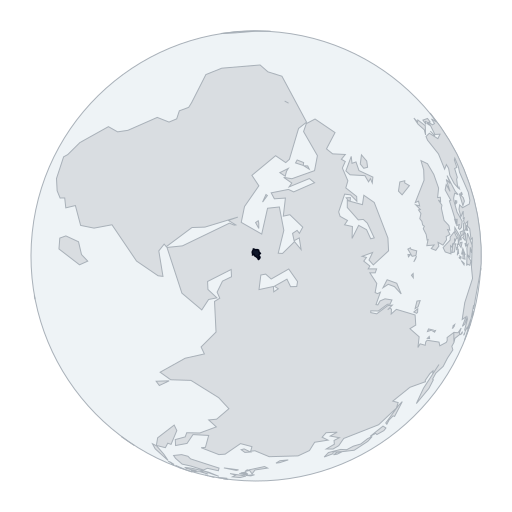 globe centered on Ninawa, rotated 96°
{"feature_id": "IRQ-3051", "entity_name": "Ninawa", "entity_type": "Province", "adm_level": 1, "iso_a3": "IRQ", "parent_name": "Iraq", "parent_adm1": "", "projection": "orthographic", "projection_center": [43.286, 36.005], "detail": "fine", "context": "on_globe", "style": "filled", "palette": "ink", "viewbox_px": 512, "rotation_deg": 96, "n_neighbors": 0, "source": "natural_earth", "source_scale": "10m", "svg_char_len": 11849}
<svg xmlns="http://www.w3.org/2000/svg" viewBox="0 0 512 512"><g transform="rotate(96 256 256)"><circle cx="256" cy="256" r="225" fill="#eef3f6" stroke="#a8b0b8"/><path d="M240.0,31.3L250.5,31.4L275.8,33.4L285.9,33.9L282.0,34.4L302.6,36.1L317.7,39.8L299.3,35.9L296.4,35.8L306.0,38.1L305.0,38.6L309.1,40.1L307.2,40.7L296.6,39.1L295.1,39.6L302.0,41.3L304.4,43.4L294.5,40.8L297.6,44.3L280.5,43.5L255.7,38.3L244.8,40.5L215.5,42.7L216.8,43.9L206.5,46.3L204.2,48.8L199.4,49.1L201.6,50.9L206.4,50.2L209.0,50.9L208.1,52.5L201.8,52.9L201.4,52.2L199.1,53.2L196.4,52.8L197.2,53.9L189.7,54.6L195.6,56.3L188.5,59.0L183.9,58.8L186.4,55.6L182.0,49.3L178.2,49.1L170.3,51.6L151.3,62.4L146.2,64.0L137.9,68.5L139.7,68.8L146.9,65.5L148.2,67.6L156.8,64.0L158.6,64.5L166.7,62.6L163.2,66.5L155.6,71.6L148.7,73.6L145.2,76.2L149.9,77.5L135.4,85.2L122.9,97.5L119.4,99.4L115.8,96.4L120.3,87.4L115.6,85.7L116.4,90.8L107.6,96.4L105.2,99.3L104.4,101.6L106.8,101.2L103.4,104.2L101.3,99.8L104.4,96.9L105.0,98.1L107.1,94.2L105.6,92.3L101.3,95.8L103.7,90.8L100.6,93.5L99.4,94.3L104.1,90.2L95.7,97.8L96.0,97.4L107.8,86.3L120.4,76.1L133.6,66.8L147.5,58.5L162.0,51.3L177.0,45.0L192.3,39.9L208.0,35.9L223.9,33.0L240.0,31.3ZM30.9,265.0L32.6,280.6L36.2,299.6L38.0,310.8L38.4,314.2L34.7,298.0L32.2,281.6L30.9,265.0ZM247.0,30.9L244.6,31.0L244.3,31.0L247.0,30.9ZM293.4,34.6L288.1,33.7L293.5,34.5L293.4,34.6ZM310.1,40.3L311.8,40.5L313.2,41.3L310.1,40.3ZM168.0,60.6L167.3,61.6L166.2,61.4L168.0,60.6ZM172.1,59.0L171.3,58.2L173.1,57.3L173.6,57.8L172.1,59.0ZM311.5,43.1L313.1,44.6L309.6,42.7L311.5,43.1ZM172.7,60.3L176.4,55.9L179.7,54.5L184.2,55.5L172.7,60.3ZM312.9,45.3L317.0,49.5L321.3,50.1L311.4,51.3L311.2,47.0L306.2,44.4L310.8,45.6L312.9,45.3ZM208.4,49.4L203.2,50.1L208.4,48.2L208.4,49.4ZM211.1,48.0L223.3,41.9L230.4,42.0L224.9,43.8L234.8,43.1L232.3,46.1L226.2,47.1L222.1,46.4L224.3,48.2L211.1,48.0ZM305.3,51.6L304.7,52.6L303.3,51.2L305.3,51.6ZM210.4,51.1L212.3,49.7L218.6,49.6L216.1,52.4L214.8,51.5L210.4,51.1ZM238.6,41.7L242.9,42.3L242.0,44.8L243.5,45.5L232.8,46.2L238.6,41.7ZM212.9,52.3L214.6,53.9L210.8,55.5L209.1,52.5L212.9,52.3ZM221.3,48.4L224.2,48.6L221.7,49.4L221.3,48.4ZM198.1,62.6L200.2,60.5L203.6,60.2L198.1,62.6ZM215.5,54.4L216.8,53.9L218.4,53.6L218.7,55.0L215.5,54.4ZM233.0,48.0L231.7,49.1L237.3,47.8L236.9,50.0L229.8,50.2L232.6,51.0L232.5,51.7L226.9,51.1L233.0,48.0ZM223.8,55.8L214.7,57.3L210.1,60.9L206.9,61.2L214.9,55.3L223.8,55.8ZM226.1,53.0L224.0,54.7L221.1,54.0L220.8,52.5L226.1,53.0ZM239.1,51.4L241.6,48.1L243.1,48.2L239.1,51.4ZM223.1,56.9L225.3,56.6L223.1,57.2L223.1,56.9ZM234.8,53.2L235.5,51.9L237.2,52.1L234.8,53.2ZM229.2,57.1L226.2,57.4L225.9,56.3L229.2,57.1ZM232.2,55.4L234.3,55.9L227.6,55.7L232.3,54.8L232.2,55.4ZM236.3,53.5L237.5,53.2L235.8,54.0L236.3,53.5ZM232.1,61.5L223.7,61.4L223.0,58.8L231.2,59.1L232.1,61.5ZM72.8,309.7L65.6,271.9L71.6,263.4L74.5,249.0L117.6,219.7L124.7,227.0L156.4,232.9L160.0,236.2L154.2,247.0L176.2,268.5L185.9,260.5L208.0,272.6L224.1,274.2L233.6,252.6L207.3,249.5L204.8,237.9L227.6,231.0L250.9,234.2L250.7,229.9L237.7,219.2L244.9,211.8L233.5,214.9L236.8,219.7L229.7,222.0L226.2,217.8L228.9,215.2L222.4,212.5L211.4,226.6L213.5,233.0L195.3,232.8L197.2,243.7L191.6,247.5L186.4,230.7L188.3,225.2L177.0,205.4L173.4,211.0L183.8,230.3L179.7,228.0L174.9,236.7L175.4,228.4L165.0,206.7L149.8,205.4L127.3,221.7L119.1,219.8L113.6,211.6L125.0,190.3L142.1,197.1L146.4,190.5L145.7,177.8L150.9,181.2L152.7,177.1L159.5,179.3L171.6,172.5L178.9,173.8L186.3,162.1L191.0,161.4L185.3,168.4L185.2,174.3L203.5,178.4L207.8,176.5L211.1,168.7L215.7,171.2L216.6,163.2L228.5,162.3L214.8,157.1L218.3,148.8L226.9,143.7L225.6,140.3L211.7,148.7L208.4,153.1L209.4,158.1L198.2,170.3L191.3,171.0L193.8,155.5L184.3,155.1L190.4,144.0L224.3,126.7L237.0,124.7L252.6,138.4L248.2,143.2L240.3,140.4L245.2,150.4L245.9,146.0L249.8,148.3L254.1,141.7L257.1,143.1L256.2,134.7L260.3,135.7L260.8,141.0L270.7,133.0L279.9,133.7L280.7,131.2L279.0,128.5L291.8,131.6L291.9,129.7L287.7,127.9L285.1,123.2L285.5,116.2L289.9,117.7L290.3,120.3L297.9,128.6L298.5,136.1L300.3,136.0L300.9,129.9L291.6,119.8L290.6,115.3L295.7,119.4L293.8,117.5L294.7,115.7L299.6,115.5L294.4,110.8L298.0,91.6L308.0,89.9L312.2,95.3L319.3,85.3L330.1,85.4L326.2,83.6L327.1,78.4L323.7,78.2L321.9,77.0L322.5,65.0L326.1,63.8L322.0,57.7L320.0,57.0L317.1,57.4L311.4,51.3L321.3,50.1L325.3,51.8L328.8,50.4L337.5,54.9L346.2,58.3L353.7,64.9L360.0,67.5L360.6,66.7L369.6,70.2L386.0,81.1L370.0,75.6L344.8,62.7L354.9,67.9L351.7,68.0L354.8,70.8L362.0,74.7L363.3,74.4L370.5,89.2L386.0,104.8L386.9,99.3L392.6,100.5L411.0,116.4L428.3,149.7L436.0,153.9L439.9,159.2L440.6,166.0L435.0,158.4L431.3,159.1L428.0,154.1L427.3,163.4L422.7,156.8L424.4,167.8L429.3,171.3L431.6,165.1L435.1,178.2L443.9,182.5L450.4,193.3L454.2,221.9L449.8,236.7L450.7,240.9L446.0,240.1L444.2,251.8L456.3,266.0L457.4,272.1L452.4,290.5L451.6,286.3L439.4,284.3L440.2,300.0L449.6,305.0L452.9,316.2L447.0,317.1L443.3,307.5L439.0,306.4L437.9,293.4L430.1,277.6L424.0,285.9L422.4,278.1L410.7,267.0L400.8,278.3L386.5,307.7L388.0,327.9L381.6,339.2L365.1,315.8L358.8,297.1L352.2,301.1L335.8,287.8L305.5,292.5L301.8,287.6L296.0,290.9L284.5,286.7L279.2,278.2L272.0,279.3L286.4,301.5L294.3,300.3L301.7,290.5L304.2,298.6L315.3,304.3L300.7,325.8L256.8,345.4L253.6,330.2L226.1,285.8L227.6,280.9L227.5,280.3L227.2,279.3L223.5,287.2L219.2,278.1L232.6,309.8L234.4,322.7L256.1,346.2L253.8,348.6L261.1,353.2L286.0,346.4L285.9,351.3L273.5,374.3L240.0,402.5L245.2,420.0L243.9,433.6L224.7,440.9L228.0,450.2L218.3,452.3L218.8,456.9L211.9,460.6L199.8,462.5L177.5,457.7L174.8,453.8L161.6,443.0L142.8,416.3L147.0,406.6L144.4,396.5L128.5,368.7L131.9,356.5L127.9,349.2L119.6,347.4L115.2,338.5L110.3,336.1L80.8,324.8L72.8,309.7ZM100.6,239.6L98.9,243.7L100.6,239.6ZM274.4,249.2L289.1,249.5L284.5,235.5L289.8,234.6L286.3,230.4L284.1,234.5L275.8,222.8L282.9,218.4L282.1,212.3L277.1,212.0L265.5,222.1L277.3,238.5L273.0,244.5L274.4,249.2ZM107.8,96.7L107.8,97.1L106.3,99.9L105.6,99.4L107.8,96.7ZM107.9,108.7L102.3,113.4L105.8,109.4L103.8,109.3L108.7,101.3L117.9,100.0L112.9,101.8L107.9,108.7ZM117.7,90.9L113.6,95.7L117.8,90.6L117.7,90.9ZM156.1,154.3L157.5,158.0L153.6,161.9L144.4,161.7L150.0,155.8L156.1,154.3ZM160.3,162.5L165.3,148.0L171.2,148.0L167.1,150.3L170.5,151.8L164.7,156.1L165.4,170.9L162.0,175.5L147.0,171.7L153.8,170.2L152.0,166.4L160.3,162.5ZM167.7,115.8L170.0,110.8L179.9,117.1L176.6,121.1L167.3,120.7L165.6,115.9L167.7,115.8ZM180.1,63.5L180.3,62.1L182.0,61.9L183.2,62.8L180.1,63.5ZM198.8,61.7L180.9,69.4L180.2,68.1L170.5,74.8L165.0,74.3L171.5,69.8L160.0,74.8L163.6,70.5L156.0,74.4L171.0,64.6L173.8,61.4L172.8,65.0L177.8,65.5L180.8,64.8L191.4,60.6L199.8,54.6L206.1,54.6L208.3,56.3L207.2,57.7L203.5,57.1L204.7,59.5L198.5,59.8L198.8,61.7ZM230.3,82.5L226.4,80.0L227.9,87.2L221.7,86.6L222.2,87.5L216.8,89.0L211.3,92.5L208.8,91.7L207.7,93.5L204.1,94.7L201.8,97.0L196.5,96.4L193.2,99.2L192.6,97.4L188.4,102.5L189.1,98.5L184.5,100.1L186.2,103.2L163.1,96.8L152.9,98.2L143.9,101.9L146.3,95.1L156.3,87.7L169.4,81.5L178.9,81.5L178.3,78.8L182.6,78.1L181.3,80.5L186.0,76.4L189.2,76.6L200.9,72.7L205.6,67.3L210.0,66.0L209.7,68.2L214.3,65.4L216.8,68.9L220.0,68.2L225.6,71.2L223.4,76.4L227.1,75.2L231.6,77.8L230.3,82.5ZM233.5,62.4L232.2,68.2L228.1,70.8L219.9,64.6L216.7,64.8L211.3,61.4L217.3,57.8L218.3,59.0L220.7,59.4L217.8,60.4L221.9,59.9L223.3,61.7L226.9,61.9L225.5,63.6L233.5,62.4ZM165.5,233.0L168.5,234.5L173.6,235.3L170.6,241.0L165.5,233.0ZM158.1,218.4L161.0,218.5L159.3,226.4L156.2,225.1L158.1,218.4ZM164.1,212.1L161.3,217.9L161.0,214.0L164.1,212.1ZM188.1,168.2L191.5,168.1L191.2,170.0L188.7,172.4L188.1,168.2ZM233.3,105.7L231.7,103.3L233.1,102.6L234.1,96.7L238.8,97.0L240.0,100.7L233.3,105.7ZM228.3,256.1L222.8,259.9L220.7,257.5L223.0,256.7L228.3,256.1ZM194.7,251.0L201.7,255.1L193.8,252.5L194.7,251.0ZM238.6,105.0L238.5,102.5L240.9,104.3L238.6,105.0ZM242.2,97.0L245.4,98.5L239.4,96.4L242.2,97.0ZM320.5,471.7L322.1,471.3L318.5,472.4L320.5,471.7ZM283.2,430.6L269.6,452.7L258.7,453.0L255.9,447.2L260.4,434.0L272.8,429.7L278.7,422.8L283.2,430.6ZM471.3,318.6L472.6,315.8L472.4,316.8L471.3,318.6ZM470.0,319.4L471.9,315.6L469.3,321.9L470.0,319.4ZM472.6,314.2L474.5,308.4L475.4,305.3L475.0,307.3L472.6,314.2ZM468.5,322.1L458.3,336.1L453.6,339.3L455.2,335.0L462.8,326.9L468.5,322.1ZM454.8,335.3L447.1,334.8L432.7,319.7L437.9,316.5L452.2,320.8L451.4,324.2L456.1,326.1L454.8,335.3ZM471.7,298.8L470.7,307.7L465.6,314.9L463.0,317.1L461.3,309.2L462.3,302.7L464.6,299.9L470.8,270.6L473.5,271.0L472.2,282.1L474.3,285.8L471.7,298.8ZM389.2,329.3L394.9,338.6L391.0,342.2L389.2,329.3ZM471.3,253.2L470.1,265.8L470.5,251.0L471.3,253.2ZM470.2,240.7L471.4,244.4L469.5,242.4L470.2,240.7ZM452.5,246.5L450.2,250.5L449.1,247.7L451.5,241.0L452.5,246.5ZM455.4,202.6L459.1,211.0L459.9,214.5L457.1,210.8L455.4,202.6ZM278.6,107.6L272.0,115.1L270.3,121.5L274.3,126.4L265.9,123.1L268.4,113.2L278.6,107.6ZM295.2,93.2L291.6,89.6L295.0,89.4L296.2,90.2L295.2,93.2ZM291.7,92.3L284.0,91.2L283.2,88.1L289.5,89.5L291.7,92.3ZM261.2,97.3L258.9,99.4L257.0,97.9L261.2,97.3ZM449.6,371.3L452.2,366.6L457.2,357.2L449.6,371.3ZM477.4,297.4L474.4,310.6L477.0,299.5L477.6,296.7L477.4,297.4ZM481.1,263.7L481.0,265.4L481.2,260.1L481.1,263.7ZM479.6,280.4L479.4,282.8L479.1,282.9L479.6,280.4ZM480.5,274.5L479.9,279.2L480.1,276.9L480.5,274.2L480.5,274.5ZM475.4,285.3L476.0,288.8L477.9,280.8L476.4,289.1L477.0,294.1L476.3,298.3L475.9,292.6L474.6,302.9L473.7,304.8L473.8,298.1L475.1,286.3L476.0,280.3L479.0,270.0L475.4,285.3ZM480.3,270.8L480.1,266.4L480.1,261.4L480.5,263.0L480.3,270.8ZM478.1,256.4L476.0,253.2L475.1,259.1L475.9,243.0L478.0,248.6L478.1,256.4ZM474.7,244.5L474.0,249.9L474.1,241.3L474.7,244.5ZM473.3,248.5L472.1,244.1L473.2,242.3L473.3,248.5ZM475.3,243.2L473.7,234.6L475.2,238.1L475.3,243.2ZM468.9,234.6L473.1,237.1L469.4,240.5L464.5,225.5L465.7,222.3L468.9,234.6ZM445.6,158.1L442.6,154.6L442.4,151.1L444.5,154.4L445.6,158.1ZM438.9,138.0L441.4,149.1L442.9,158.8L444.6,158.8L448.8,167.2L443.9,163.4L439.5,151.6L439.2,145.6L434.9,139.2L432.0,132.1L426.0,125.9L423.4,121.6L428.7,125.5L438.9,138.0ZM423.4,123.6L411.9,111.9L413.5,108.8L416.3,110.6L420.9,117.1L419.9,118.4L423.4,123.6ZM409.6,108.3L408.5,109.5L389.2,98.3L385.5,95.3L401.0,101.4L400.7,103.0L405.2,106.5L409.6,108.3ZM307.2,53.0L305.0,52.6L306.7,52.2L307.2,53.0ZM320.0,77.0L317.9,75.3L320.0,74.7L320.0,77.0ZM313.1,70.4L312.2,72.3L311.3,69.7L313.1,70.4ZM310.5,76.8L311.0,72.8L313.2,77.6L310.5,76.8Z" fill="#d9dde1" stroke="#a8b0b8" stroke-width="1"/><path d="M249.6,256.0L249.5,255.8L249.5,255.7L249.6,254.7L249.9,254.0L250.0,253.9L250.3,253.9L251.3,253.7L252.8,252.1L253.1,251.9L253.2,252.0L253.3,252.1L253.4,252.3L253.5,252.3L253.6,252.2L253.5,252.3L253.6,252.5L253.8,252.8L254.0,252.9L254.2,253.0L254.3,253.1L254.5,253.2L254.6,253.3L254.6,253.2L254.8,253.2L255.0,253.1L255.5,253.0L255.7,252.9L255.8,252.8L255.8,252.7L256.0,252.4L256.3,252.4L256.4,252.5L256.5,252.5L257.1,252.8L257.2,252.7L257.3,252.7L257.3,252.4L257.3,252.2L257.2,252.2L257.1,251.9L257.3,251.9L257.5,252.0L257.9,252.1L258.0,252.2L258.2,252.3L258.3,252.4L258.3,252.5L258.5,252.6L259.0,252.8L259.1,253.0L259.1,253.3L258.9,253.5L258.7,253.6L258.4,253.7L258.5,253.6L258.4,253.6L258.2,253.7L258.2,253.8L258.0,254.0L257.9,254.0L257.7,254.2L257.6,254.3L257.6,254.5L257.4,254.8L257.2,254.9L257.2,255.0L256.9,255.3L256.7,255.6L256.7,255.8L256.2,256.0L256.3,256.2L256.3,256.3L256.3,256.6L256.2,256.7L256.1,256.9L256.1,257.0L256.0,257.3L255.9,257.4L255.7,257.5L255.1,257.8L254.9,257.9L254.8,258.0L254.7,258.0L254.8,258.2L254.7,258.3L254.7,258.5L254.8,258.6L254.9,258.8L255.0,258.9L255.0,259.0L255.1,259.3L255.2,259.5L253.9,259.6L253.5,259.7L253.4,260.0L252.7,260.1L252.0,260.1L251.8,260.1L251.4,259.9L250.5,259.5L250.3,259.5L249.8,259.3L249.3,259.3L249.3,259.2L249.3,258.9L249.5,258.4L249.5,258.1L249.5,257.9L249.8,257.6L249.8,257.4L249.9,256.8L249.8,256.6L249.6,256.0Z" fill="#0f172a" stroke="#020617" stroke-width="1.5"/></g></svg>